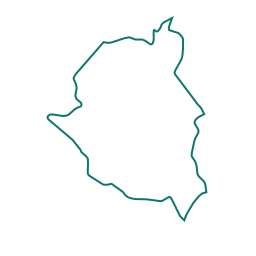 Kairouan, Robinson projection, rotated 350°
{"feature_id": "TUN-118", "entity_name": "Kairouan", "entity_type": "Governorate", "adm_level": 1, "iso_a3": "TUN", "parent_name": "Tunisia", "parent_adm1": "", "projection": "robinson", "projection_center": [9.864, 35.574], "detail": "fine", "context": "isolated", "style": "outline", "palette": "teal", "viewbox_px": 256, "rotation_deg": 350, "n_neighbors": 0, "source": "natural_earth", "source_scale": "10m", "svg_char_len": 2166}
<svg xmlns="http://www.w3.org/2000/svg" viewBox="0 0 256 256"><g transform="rotate(350 128 128)"><path d="M190.5,27.3L185.6,36.1L185.6,38.8L193.9,43.1L194.7,43.9L195.6,45.1L196.9,47.6L197.4,48.9L197.6,50.1L196.2,58.4L194.5,65.0L193.5,67.8L193.2,68.4L191.6,70.9L184.5,79.6L183.7,81.0L183.5,81.7L183.5,82.4L183.9,83.7L201.0,117.3L202.5,119.4L203.6,121.6L205.5,127.5L198.9,129.7L196.0,131.6L195.0,132.9L194.6,133.8L194.4,134.7L194.5,135.4L196.8,141.3L196.9,142.7L196.8,144.0L196.1,145.3L193.0,149.1L191.3,151.8L186.7,163.1L186.1,165.2L185.8,166.6L186.0,167.3L186.5,168.6L187.7,171.1L188.2,172.3L188.5,173.6L188.9,176.6L188.9,178.4L188.5,183.3L188.5,185.0L188.5,185.4L188.6,186.0L189.0,187.2L189.7,188.5L193.3,193.6L193.9,194.9L194.1,195.6L194.3,198.0L194.0,204.9L190.3,205.2L188.4,206.0L185.2,208.0L179.3,213.2L171.5,222.1L168.6,226.5L167.4,228.7L164.6,224.8L163.8,223.3L158.5,205.0L157.6,203.6L156.7,203.0L149.2,205.6L148.6,205.8L147.8,205.7L147.1,205.6L133.7,201.4L122.6,199.2L118.4,197.6L117.0,196.8L115.8,196.0L114.4,194.5L113.8,193.9L113.5,193.3L112.2,190.7L111.8,190.0L102.5,180.5L101.6,180.1L100.7,180.0L100.0,180.2L98.6,180.3L97.0,180.2L94.3,179.6L93.3,179.0L82.0,168.6L81.3,167.8L80.9,167.0L80.7,166.4L80.6,165.9L80.6,165.3L81.6,159.9L82.2,157.7L83.0,152.1L83.0,151.5L83.0,150.9L81.8,148.6L77.8,143.4L77.5,141.8L77.4,141.2L71.4,130.1L51.3,105.9L51.0,105.3L50.7,104.6L50.5,103.9L50.8,103.1L51.4,102.3L53.0,101.5L54.1,101.3L55.1,101.3L65.6,104.7L67.4,105.0L69.0,105.1L70.6,104.9L72.2,104.4L78.5,100.5L81.3,99.3L85.1,98.5L85.7,98.1L86.2,97.4L86.2,95.8L85.9,94.8L85.4,94.1L84.5,93.1L83.3,91.7L82.4,90.3L82.2,89.8L82.0,89.3L81.9,88.7L81.8,87.5L82.0,86.0L84.2,80.4L84.3,79.7L84.5,78.2L84.4,76.6L84.2,75.1L83.1,70.9L83.1,70.2L83.1,69.4L84.2,67.8L86.2,65.6L118.9,39.2L122.1,40.4L123.5,40.7L126.5,40.9L139.8,39.0L145.1,38.9L149.8,41.7L151.2,42.3L157.1,43.3L157.9,43.7L159.2,44.4L160.3,45.3L164.3,49.2L165.0,49.6L165.9,49.5L166.9,49.0L168.0,47.1L168.5,45.9L168.8,44.8L169.8,38.5L170.2,36.8L170.6,36.2L171.0,36.0L171.6,36.6L172.7,37.9L173.6,38.0L174.7,37.5L176.9,35.4L177.8,34.2L179.1,31.9L181.6,30.2L190.5,27.3Z" fill="none" stroke="#0f766e" stroke-width="2"/></g></svg>